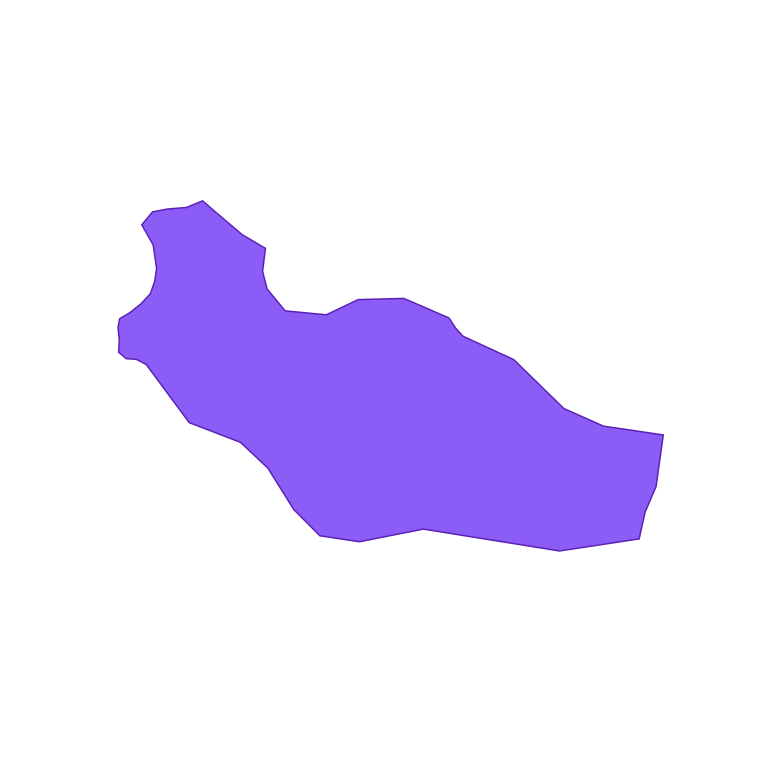 the border of Nakaseke, rotated 144°
{"feature_id": "UGA-3095", "entity_name": "Nakaseke", "entity_type": "District", "adm_level": 1, "iso_a3": "UGA", "parent_name": "Uganda", "parent_adm1": "", "projection": "albers", "projection_center": [32.236, 1.008], "detail": "fine", "context": "isolated", "style": "filled", "palette": "violet", "viewbox_px": 768, "rotation_deg": 144, "n_neighbors": 0, "source": "natural_earth", "source_scale": "10m", "svg_char_len": 723}
<svg xmlns="http://www.w3.org/2000/svg" viewBox="0 0 768 768"><g transform="rotate(144 384 384)"><path d="M400.2,563.4L416.0,546.5L422.7,529.7L421.0,501.3L390.0,473.9L355.3,467.5L317.7,441.6L292.6,399.2L293.2,386.9L292.0,376.2L264.7,327.4L252.9,258.4L231.2,220.9L188.0,178.6L224.2,141.1L248.2,126.8L268.6,108.7L340.2,145.8L437.6,243.6L496.6,270.8L525.1,298.9L530.8,335.4L527.4,384.2L534.4,421.1L564.3,467.2L564.9,539.6L569.9,549.6L577.7,556.0L580.0,565.8L572.4,575.0L566.0,586.0L559.5,592.2L547.9,591.1L533.6,591.7L519.9,594.4L509.1,601.9L500.1,611.1L489.0,632.2L486.4,655.2L470.0,659.3L455.9,652.6L440.2,643.0L423.1,638.8L419.4,622.9L411.0,588.3L400.2,563.4Z" fill="#8b5cf6" stroke="#5b21b6" stroke-width="1.5"/></g></svg>